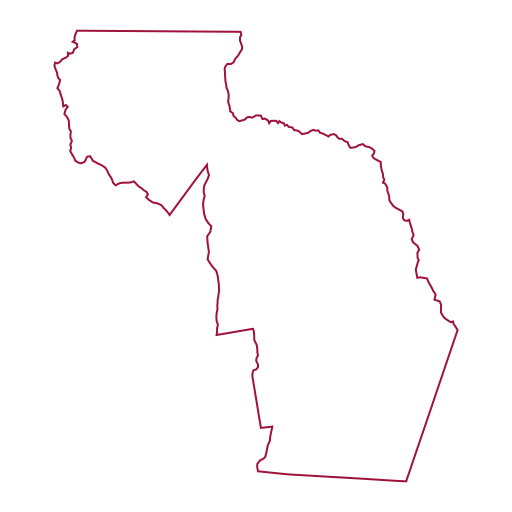 Araputanga, Mato Grosso, Brazil (Robinson projection)
{"feature_id": "56859067B59934411010082", "entity_name": "Araputanga", "entity_type": "district", "adm_level": 2, "iso_a3": "BRA", "parent_name": "Brazil", "parent_adm1": "Mato Grosso", "projection": "robinson", "projection_center": [-58.498, -15.266], "detail": "fine", "context": "isolated", "style": "outline", "palette": "rose", "viewbox_px": 512, "rotation_deg": 0, "n_neighbors": 0, "source": "geoboundaries", "source_scale": "gbopen_adm2", "svg_char_len": 3914}
<svg xmlns="http://www.w3.org/2000/svg" viewBox="0 0 512 512"><path d="M385.2,183.7L383.0,182.7L384.3,179.7L383.2,177.4L382.9,174.0L381.9,170.9L381.0,167.1L380.7,162.0L377.3,160.2L375.2,159.1L373.3,157.8L372.2,155.5L373.9,153.5L374.5,151.0L372.2,148.7L369.4,147.2L365.2,146.2L362.9,144.1L360.6,144.7L358.3,145.4L355.8,147.1L353.1,147.5L350.3,147.8L348.4,144.6L347.6,142.2L344.8,141.2L341.9,138.8L339.2,138.8L337.4,137.2L335.9,135.1L333.7,134.1L330.2,134.9L328.5,136.5L325.5,134.9L322.3,133.4L319.8,132.5L318.4,130.4L315.9,130.7L313.3,129.9L310.5,131.0L308.0,132.9L305.2,133.5L301.9,134.1L299.4,131.6L296.9,130.4L294.1,130.1L292.4,127.5L288.9,127.0L287.0,124.9L284.8,125.6L283.8,123.2L281.2,122.5L279.3,121.1L278.0,123.1L276.2,120.8L273.7,120.8L270.8,120.9L269.2,123.2L268.0,120.5L265.1,118.6L262.5,119.1L260.9,115.6L256.1,115.4L252.2,117.7L249.3,116.9L247.0,117.4L244.8,119.6L242.2,120.4L239.2,121.2L237.0,119.7L235.6,117.7L233.5,115.9L233.0,113.3L230.3,111.3L229.7,106.8L228.1,101.7L228.6,98.0L228.7,95.0L228.0,91.2L226.4,87.3L226.2,84.3L225.4,81.2L225.3,78.4L225.0,75.5L225.0,72.0L224.6,69.1L225.4,66.4L227.3,64.0L231.0,64.0L233.6,62.3L235.3,58.7L238.1,55.6L240.1,52.1L242.0,49.3L242.2,46.5L241.1,43.7L240.0,40.6L240.0,37.3L241.3,35.2L240.6,31.8L77.0,30.7L75.3,34.6L74.5,37.6L74.7,40.2L72.7,41.8L74.9,42.7L77.0,44.0L77.3,47.0L74.2,49.3L72.8,52.8L70.2,53.7L67.9,52.8L68.2,55.6L65.9,57.7L62.4,59.1L59.8,62.0L57.4,63.4L55.1,62.6L54.4,65.8L55.6,69.4L57.0,72.4L57.4,75.2L58.1,77.9L60.1,79.9L58.9,84.6L57.4,88.2L59.6,90.8L61.1,95.8L62.3,99.2L62.9,102.7L63.3,106.4L65.8,105.0L67.7,106.8L65.6,109.7L64.4,114.0L66.9,116.8L68.8,120.5L69.0,125.0L69.3,128.8L70.9,131.4L70.4,134.8L70.4,137.5L71.9,141.0L70.4,144.4L71.1,148.2L70.2,150.9L71.9,154.1L73.9,157.3L75.3,160.7L78.2,162.6L80.9,163.3L83.1,162.6L85.0,161.3L86.0,159.0L87.3,156.6L90.1,156.2L91.7,158.7L92.9,160.8L95.7,162.3L98.1,163.6L100.3,164.6L102.8,166.0L105.2,167.6L107.2,170.6L108.9,174.4L111.5,178.2L113.2,182.9L115.5,185.3L119.4,183.3L122.7,182.7L125.9,182.7L130.2,182.5L133.9,181.4L135.6,183.1L138.6,186.4L141.8,188.4L143.8,190.3L146.5,191.8L147.9,194.5L146.1,197.3L149.1,200.0L153.1,202.6L157.3,203.3L161.6,205.3L163.9,208.3L165.6,209.9L168.2,212.9L169.6,215.0L193.5,182.5L196.3,178.7L207.0,164.8L207.2,168.2L207.8,171.5L209.0,175.1L207.7,178.8L206.2,181.7L204.4,185.2L203.9,187.7L203.7,192.2L204.7,195.9L203.7,199.4L203.0,204.4L204.1,213.7L205.6,218.9L208.4,223.2L211.3,226.2L210.3,231.8L207.2,236.3L207.5,241.8L208.2,247.0L208.9,251.9L207.6,259.3L209.7,262.7L212.6,266.8L216.3,271.0L217.9,276.8L218.2,279.9L218.8,284.0L219.1,290.5L218.6,293.9L218.2,297.5L217.6,299.9L217.6,302.8L217.3,305.9L217.5,308.8L216.5,314.1L216.4,317.3L216.6,320.9L217.9,324.7L217.1,328.4L217.0,332.5L216.6,335.0L252.9,328.8L253.9,331.5L254.2,335.7L254.3,340.0L256.7,344.9L257.3,349.4L257.4,352.6L258.0,355.6L256.6,357.8L256.2,360.8L258.0,364.6L258.0,367.2L256.2,369.4L253.4,370.3L252.5,373.4L252.4,376.4L260.9,427.9L272.3,426.6L271.8,429.1L270.3,436.1L269.9,440.8L268.7,443.1L267.5,446.5L266.4,452.4L265.3,456.8L263.6,458.6L260.2,460.3L257.3,463.9L257.2,467.2L258.0,471.3L286.2,474.2L291.8,474.6L363.8,478.8L398.4,481.0L406.3,481.3L407.0,478.8L410.9,467.5L414.4,457.1L426.8,420.8L429.7,412.3L437.8,388.3L454.2,340.0L457.6,330.1L456.0,327.4L453.7,324.1L453.0,321.5L450.9,322.3L448.2,320.6L444.4,317.9L442.7,315.6L440.9,312.4L441.0,309.3L441.1,304.9L439.7,301.4L434.5,299.7L435.6,294.6L432.9,290.3L431.2,286.7L429.1,283.2L426.9,278.4L420.0,277.3L417.3,277.8L416.4,273.0L415.8,269.5L417.0,265.4L417.6,263.0L418.7,260.1L417.6,257.8L417.4,252.9L419.2,249.6L417.5,245.9L412.9,242.2L411.7,239.0L413.6,235.3L412.4,231.7L411.7,228.5L409.8,222.5L409.2,219.8L406.9,220.9L404.0,220.1L402.8,217.8L403.3,214.7L402.4,211.4L398.3,209.2L395.2,207.5L393.1,205.8L391.0,202.8L389.4,200.3L389.2,196.9L388.6,194.3L387.3,190.7L387.3,187.4L385.2,183.7Z" fill="none" stroke="#9f1239" stroke-width="2"/></svg>